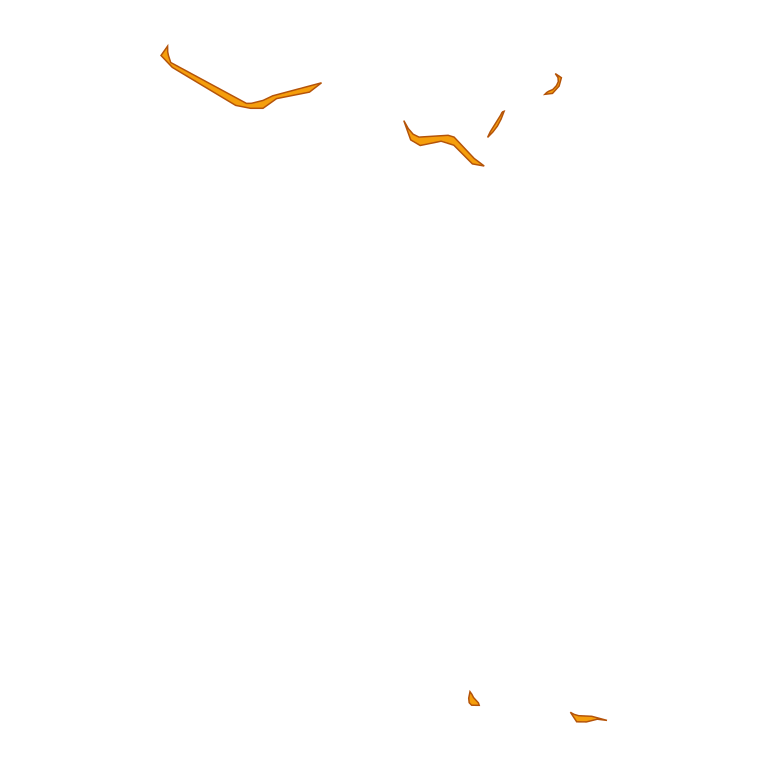 the border of Ratak Chain
{"feature_id": "MHL-4969", "entity_name": "Ratak Chain", "entity_type": "state/province", "adm_level": 1, "iso_a3": "MHL", "parent_name": "Marshall Islands", "parent_adm1": "", "projection": "equal_earth", "projection_center": [171.288, 10.331], "detail": "fine", "context": "isolated", "style": "filled", "palette": "amber", "viewbox_px": 768, "rotation_deg": 0, "n_neighbors": 0, "source": "natural_earth", "source_scale": "10m", "svg_char_len": 1002}
<svg xmlns="http://www.w3.org/2000/svg" viewBox="0 0 768 768"><path d="M321.5,82.8L309.5,92.1L276.6,98.6L263.0,108.3L250.5,108.3L235.7,105.4L172.3,67.4L161.0,55.5L167.6,46.1L167.7,51.9L168.5,55.7L170.7,62.5L246.5,103.4L251.5,103.3L263.1,100.4L272.7,95.8L321.5,82.8ZM484.2,166.0L472.4,163.9L453.8,145.2L441.1,141.2L420.2,145.5L410.7,139.9L403.8,120.6L408.3,128.6L413.1,134.2L419.0,137.1L448.1,135.3L454.1,137.1L474.1,158.4L484.2,166.0ZM607.0,720.4L597.3,719.2L586.5,721.9L576.7,721.8L570.4,712.2L571.4,712.9L574.2,714.4L578.6,715.7L591.8,716.3L607.0,720.4ZM470.0,691.7L471.8,694.2L473.5,697.5L478.4,702.9L479.2,705.3L476.2,705.3L471.6,705.2L469.2,702.7L468.7,698.2L470.0,691.7ZM500.2,115.9L501.1,114.3L501.8,112.8L502.7,111.8L504.1,111.3L501.1,119.1L497.4,126.1L492.8,132.1L487.6,137.4L490.3,131.7L500.2,115.9ZM552.8,89.5L556.4,85.7L558.3,81.7L558.0,77.6L555.3,73.6L561.4,77.7L559.1,86.1L552.5,93.4L544.9,94.3L546.7,92.5L548.6,91.3L552.8,89.5Z" fill="#f59e0b" stroke="#b45309" stroke-width="1.5"/></svg>